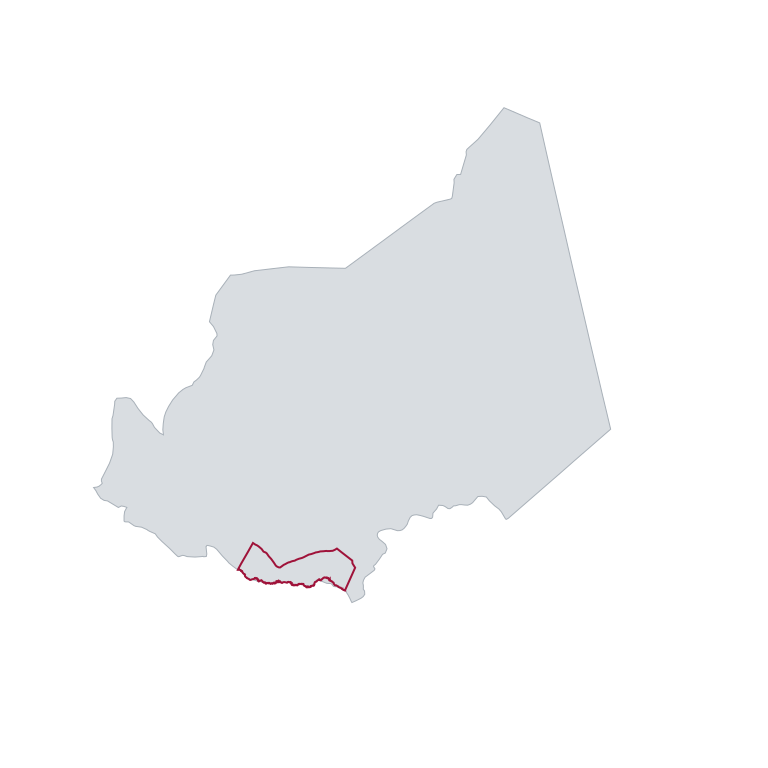 Haraze-Mangueigne, Salamat, Chad (highlighted), rotated 49°
{"feature_id": "50815135B51440340925469", "entity_name": "Haraze-Mangueigne", "entity_type": "district", "adm_level": 2, "iso_a3": "TCD", "parent_name": "Chad", "parent_adm1": "Salamat", "projection": "mercator", "projection_center": [21.205, 10.401], "detail": "fine", "context": "in_parent", "style": "outline", "palette": "rose", "viewbox_px": 768, "rotation_deg": 49, "n_neighbors": 0, "source": "geoboundaries", "source_scale": "gbopen_adm2", "svg_char_len": 9178}
<svg xmlns="http://www.w3.org/2000/svg" viewBox="0 0 768 768"><g transform="rotate(49 384 384)"><path d="M566.8,242.6L566.8,259.0L566.8,275.4L566.8,291.7L566.9,308.0L566.9,324.2L566.9,340.4L566.9,356.6L566.9,372.7L566.9,378.1L566.5,380.2L566.3,380.5L565.6,380.8L557.4,379.3L553.7,379.3L548.7,380.4L541.2,381.1L536.4,380.9L533.1,383.6L530.5,387.0L531.7,395.0L531.4,397.6L530.4,400.3L528.1,402.7L525.9,404.6L524.5,406.2L522.9,409.8L521.6,411.5L521.7,413.8L521.3,416.1L520.0,417.4L516.5,418.3L514.3,419.3L512.5,421.1L511.3,422.3L511.9,424.0L512.8,426.2L513.3,429.8L513.6,431.8L515.3,433.5L516.4,434.7L516.7,436.2L515.7,437.5L511.5,440.0L509.8,441.0L507.9,442.3L507.1,442.8L504.0,445.2L502.5,447.4L501.7,449.2L501.8,451.7L503.3,455.4L505.1,458.5L505.7,460.9L506.1,463.5L506.0,466.0L505.1,468.1L503.5,470.1L497.7,473.7L494.8,477.7L492.5,482.6L492.0,485.2L492.6,487.0L493.8,488.4L495.5,489.2L498.1,489.4L502.2,488.6L506.1,488.1L510.3,489.8L512.4,493.9L511.6,496.8L513.1,502.2L514.5,508.7L514.4,510.9L515.0,511.7L517.6,512.1L518.2,513.6L517.4,525.0L518.6,528.2L520.3,530.5L522.3,531.6L524.2,533.2L525.2,534.2L527.5,534.5L530.1,536.5L530.8,539.3L530.6,541.9L529.1,547.7L527.9,551.6L526.4,551.3L523.4,550.4L519.7,549.5L515.2,548.9L510.9,550.4L506.2,552.5L504.8,554.0L503.5,554.9L501.4,554.7L499.5,555.0L498.5,556.4L496.8,558.0L490.1,561.4L488.7,562.6L487.8,563.8L487.8,565.1L488.5,567.8L488.5,571.1L487.0,573.8L485.3,575.6L483.3,576.3L481.6,576.7L480.6,577.9L477.1,584.0L475.6,585.1L472.5,584.9L463.6,594.2L462.8,596.9L459.5,600.7L455.4,605.0L451.8,607.0L451.5,607.8L450.5,608.7L448.3,609.6L440.5,614.8L431.1,614.6L427.0,616.6L423.0,617.5L417.1,618.5L415.3,618.4L407.8,618.8L398.9,618.7L395.5,619.4L392.3,621.4L390.0,623.1L389.6,623.7L390.0,624.4L389.9,625.0L396.1,629.3L397.6,631.3L396.1,633.4L395.3,633.7L395.3,633.8L394.2,635.4L390.6,640.2L385.1,645.8L382.3,647.4L381.1,648.5L379.7,652.2L378.7,652.8L374.9,653.2L367.4,653.7L357.1,654.9L350.8,655.3L347.0,654.9L341.5,657.5L339.6,658.2L338.4,658.4L333.0,660.9L328.5,664.8L326.9,665.6L320.6,667.2L318.1,669.9L316.9,670.1L312.9,666.6L310.1,663.4L308.8,660.1L308.6,659.1L307.9,659.3L305.6,660.7L303.7,662.3L302.9,665.5L296.3,667.6L290.8,669.4L288.2,671.6L284.3,672.8L279.3,672.3L275.4,671.4L271.6,671.1L273.5,668.2L274.2,666.1L274.3,663.5L274.1,661.8L271.8,660.9L270.4,659.6L267.1,651.4L263.7,643.1L259.0,634.8L253.9,629.5L250.1,626.3L248.9,625.9L247.0,624.9L245.7,624.0L238.9,618.4L231.8,612.1L230.0,609.2L226.4,605.0L222.5,600.5L220.4,598.5L219.5,594.9L222.2,591.6L225.1,587.5L228.7,584.8L233.4,584.6L241.0,585.7L249.3,586.1L257.5,585.2L259.6,584.7L261.7,584.7L266.1,585.7L273.8,585.4L277.7,583.8L273.4,580.9L268.9,576.4L264.6,571.4L262.0,567.0L259.6,561.2L257.4,554.0L256.0,544.7L256.2,539.4L256.9,535.7L259.2,529.6L257.7,526.0L258.0,523.1L257.8,518.8L257.1,516.6L254.1,509.5L253.5,508.7L250.8,503.7L249.7,495.5L246.7,490.0L241.9,487.4L239.2,484.1L238.2,478.5L236.3,477.0L228.8,475.0L222.5,474.9L217.9,468.5L212.0,460.3L206.6,452.6L203.1,437.2L201.1,428.4L203.4,425.7L207.8,419.4L213.6,407.4L226.4,388.7L233.0,379.1L246.2,364.8L262.3,347.2L271.4,337.2L272.9,319.1L274.5,299.8L275.7,285.2L277.1,267.8L278.3,253.3L279.2,242.7L280.5,227.6L281.6,224.7L287.9,212.8L288.4,211.2L287.2,209.3L278.2,199.1L275.4,196.9L273.7,191.6L276.1,188.7L265.2,171.6L262.5,169.6L261.3,167.5L261.2,164.4L261.0,152.6L258.1,134.0L254.2,112.2L267.0,106.0L276.8,101.3L289.1,95.2L300.6,101.4L317.3,110.4L333.9,119.3L350.5,128.2L367.2,137.1L383.8,145.9L400.4,154.8L417.1,163.7L433.7,172.5L450.4,181.3L467.0,190.1L483.6,198.9L500.3,207.7L516.9,216.4L533.5,225.2L550.2,233.9L566.8,242.6Z" fill="#d9dde1" stroke="#a8b0b8" stroke-width="1"/><path d="M428.2,615.8L428.5,615.2L428.8,615.6L429.0,615.3L429.0,614.9L429.6,614.8L429.8,614.7L430.2,614.3L430.4,614.2L430.6,614.3L431.1,614.6L431.4,614.6L431.6,614.4L431.8,614.0L432.1,613.8L432.4,613.9L432.5,614.1L433.1,614.4L433.4,614.4L433.7,614.3L433.9,614.4L434.8,614.4L435.2,614.4L435.8,614.0L436.3,613.9L436.6,614.1L436.9,614.1L437.2,614.6L437.7,614.9L438.1,615.0L439.1,615.0L439.9,614.8L440.1,614.6L440.3,614.6L440.6,614.8L440.9,614.7L441.7,614.3L442.1,614.0L442.8,613.9L443.7,613.8L444.0,613.6L444.4,613.2L444.9,611.5L445.4,610.8L445.9,609.7L445.7,609.0L445.6,608.8L445.8,608.5L446.2,608.6L446.6,608.5L446.8,608.4L446.9,608.2L446.8,607.6L446.9,607.4L447.2,607.4L447.4,607.5L447.5,607.5L447.6,607.4L448.1,607.7L448.3,607.6L448.6,607.2L448.8,607.2L448.9,607.3L449.0,607.5L449.4,608.0L449.6,608.1L450.7,608.1L450.8,607.9L450.7,607.8L450.4,607.7L450.2,607.5L450.3,607.3L450.5,607.3L450.9,607.3L451.1,607.2L451.2,606.3L451.6,605.4L451.7,605.2L452.6,605.2L453.1,605.3L453.3,605.1L453.6,605.1L453.9,605.3L454.1,605.3L454.3,605.1L454.5,605.1L455.0,605.1L455.3,604.9L455.3,604.7L455.2,604.3L455.3,604.2L455.7,604.2L456.1,603.7L456.3,603.7L456.5,603.7L457.0,604.2L457.3,604.1L457.3,603.8L457.2,603.4L457.3,603.0L457.7,602.4L457.9,602.2L458.1,602.2L458.3,602.3L458.5,602.2L458.6,601.7L458.8,601.4L459.0,601.3L459.0,601.1L458.9,601.0L459.0,600.9L459.7,600.7L459.8,600.7L460.1,600.7L460.4,600.8L460.5,600.7L460.5,600.2L460.7,599.8L460.7,599.4L460.8,599.2L461.1,599.2L461.4,599.4L461.6,599.3L461.7,599.0L461.8,598.6L461.6,597.7L462.0,597.5L462.6,597.5L462.9,597.4L463.0,597.2L462.9,596.9L462.3,596.9L462.2,596.8L462.2,596.6L462.3,596.5L462.5,596.5L462.9,596.6L463.1,596.5L463.2,596.4L463.1,596.2L462.8,596.1L462.7,596.0L462.7,595.8L463.1,595.4L463.3,595.2L463.1,595.0L462.9,594.8L462.4,594.8L462.3,594.7L462.2,594.5L462.3,594.4L462.6,594.6L463.4,594.6L463.5,594.4L463.3,594.1L463.1,593.7L463.0,593.4L463.1,593.0L463.7,593.5L464.0,593.6L464.4,593.6L464.6,593.5L464.7,593.3L464.6,593.2L464.2,592.6L464.1,592.3L464.2,592.2L464.4,592.0L464.7,591.9L465.0,592.1L465.3,592.3L465.5,592.3L465.9,591.9L466.1,591.8L466.3,591.9L466.5,591.9L467.1,591.6L467.3,591.4L467.4,591.1L467.4,590.7L467.4,590.4L467.6,590.0L467.9,589.4L468.6,588.8L469.5,588.1L469.7,587.9L469.9,587.9L470.2,587.7L470.4,587.5L470.4,587.3L470.3,586.6L470.7,586.3L470.7,586.1L470.7,585.9L470.8,585.8L471.4,585.5L471.7,585.3L471.7,585.1L472.0,584.9L472.0,584.5L472.1,584.4L472.4,584.3L473.1,584.6L473.3,584.9L473.5,584.9L473.5,585.1L473.8,585.1L474.1,584.4L474.3,584.6L474.5,585.0L474.8,585.0L475.0,585.3L475.4,585.3L475.6,585.1L475.8,584.6L475.9,584.4L476.1,584.6L476.3,584.6L476.7,584.3L477.0,584.0L477.1,583.6L477.3,583.5L477.4,583.3L477.3,582.8L477.5,582.6L477.8,582.3L478.2,582.4L478.3,582.3L478.4,582.1L478.5,582.0L478.5,581.5L478.6,581.2L478.8,581.1L479.1,581.1L479.0,580.5L479.1,580.3L478.9,579.9L478.9,579.7L479.1,579.6L479.4,579.5L479.6,579.2L479.7,578.8L479.6,578.7L480.0,578.3L480.2,578.2L480.4,578.0L480.5,577.5L480.8,577.4L481.0,577.4L481.5,576.4L482.0,576.0L482.3,576.1L482.5,576.5L482.8,576.6L483.4,576.5L483.6,576.5L483.8,576.6L484.5,576.4L484.9,575.9L485.1,575.9L485.3,576.0L485.6,576.0L485.9,575.8L486.5,575.9L486.8,575.7L486.5,575.3L486.3,575.2L486.8,574.9L487.0,574.7L486.8,574.5L486.7,574.4L486.8,574.2L487.0,574.2L487.4,574.3L487.8,574.3L488.0,574.2L488.3,573.6L488.5,573.5L488.6,573.4L488.7,573.2L488.8,573.0L488.9,572.8L488.6,572.4L488.4,572.0L488.4,571.8L488.6,571.5L489.0,571.5L489.0,571.1L489.1,570.6L489.9,569.8L490.1,569.5L490.1,569.3L489.6,569.2L489.6,568.6L489.7,568.4L489.4,568.1L489.4,567.9L489.4,567.7L488.8,567.2L488.3,566.4L488.2,566.1L488.4,565.4L488.7,565.0L488.8,564.5L488.8,564.2L488.6,563.7L488.6,563.0L488.8,562.5L488.7,561.8L488.8,561.0L488.9,560.9L489.0,560.9L489.3,561.3L489.5,561.4L489.9,561.2L490.1,561.0L490.4,560.8L490.5,560.6L490.7,560.4L490.6,560.1L490.7,559.5L490.5,559.2L490.7,558.9L490.6,558.6L490.7,558.2L490.5,557.5L490.6,557.1L490.8,556.6L490.7,556.2L490.8,555.9L491.2,555.7L491.4,555.5L491.6,555.4L491.8,554.9L492.2,554.4L492.5,554.5L492.6,554.1L493.1,554.2L493.4,554.2L493.9,553.3L494.1,553.3L494.5,553.6L494.9,553.5L495.0,553.2L495.3,553.3L495.5,553.7L495.7,553.9L496.0,554.0L496.1,553.8L496.0,553.4L496.3,553.7L496.4,553.8L496.7,553.7L496.8,553.7L496.7,553.3L497.0,553.4L497.3,553.6L497.7,553.2L498.1,553.2L498.6,552.8L498.8,552.8L499.1,552.8L499.3,552.9L499.5,552.8L499.7,552.7L500.1,552.7L500.6,552.4L500.9,552.4L501.5,552.9L501.7,553.0L501.9,553.0L502.1,552.9L503.3,553.1L503.5,553.0L504.1,552.8L504.4,552.3L504.8,552.0L505.8,551.8L506.2,551.6L506.6,551.4L506.8,551.3L507.3,551.5L507.8,551.2L508.1,551.2L508.4,551.0L508.9,550.7L509.3,550.3L510.4,550.3L510.9,550.2L511.1,549.8L511.4,550.1L512.0,549.8L512.4,549.7L512.8,549.8L513.0,549.6L513.1,549.4L513.4,549.1L513.9,549.2L514.3,548.8L514.1,548.7L503.7,526.3L498.7,525.5L496.4,523.8L482.8,526.5L477.3,527.5L476.9,529.9L476.2,532.2L475.2,533.5L474.3,534.8L473.2,536.1L472.1,537.1L470.5,539.4L469.2,541.1L468.5,542.0L468.1,543.0L467.3,544.5L466.3,546.1L465.8,547.6L464.6,550.5L463.4,552.7L462.0,558.4L461.4,560.2L460.1,562.8L459.1,565.6L458.8,567.2L457.6,569.3L456.9,571.1L456.6,572.1L456.0,573.1L455.5,575.0L455.2,576.6L454.7,578.3L454.5,580.9L454.3,582.8L453.4,583.7L451.7,584.5L450.1,584.8L446.5,584.3L443.1,584.0L442.0,583.9L438.5,584.0L434.8,583.6L433.4,583.9L432.4,584.5L431.4,584.9L428.2,584.6L424.2,585.2L422.4,585.7L420.7,586.5L419.1,586.9L418.0,587.2L421.4,596.7L425.9,609.8L428.0,615.4L428.2,615.8Z" fill="none" stroke="#9f1239" stroke-width="2"/></g></svg>